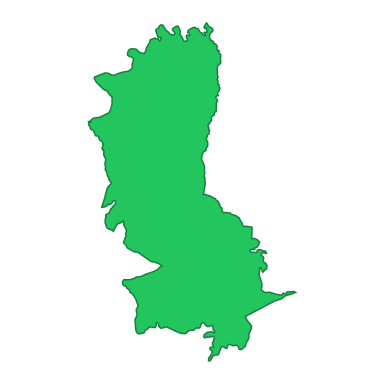 the district of Senekane, Berea, Lesotho
{"feature_id": "5366337B41059399300258", "entity_name": "Senekane", "entity_type": "district", "adm_level": 2, "iso_a3": "LSO", "parent_name": "Lesotho", "parent_adm1": "Berea", "projection": "mercator", "projection_center": [27.679, -29.225], "detail": "fine", "context": "isolated", "style": "filled", "palette": "green", "viewbox_px": 384, "rotation_deg": 0, "n_neighbors": 0, "source": "geoboundaries", "source_scale": "gbopen_adm2", "svg_char_len": 5968}
<svg xmlns="http://www.w3.org/2000/svg" viewBox="0 0 384 384"><path d="M208.5,360.7L209.3,361.0L210.2,360.7L213.4,355.8L215.0,355.1L217.7,354.9L218.5,354.2L221.1,347.4L221.7,346.9L223.9,346.8L225.8,348.5L227.4,347.8L227.6,345.8L228.5,344.4L230.6,344.6L233.0,345.8L236.1,345.2L238.0,346.0L239.3,349.5L240.3,349.6L241.6,349.4L245.3,346.3L246.2,343.0L248.6,338.8L249.0,336.2L248.9,334.0L251.2,328.8L251.5,327.2L251.3,326.0L250.6,324.7L246.4,319.3L245.3,316.5L274.6,301.0L281.4,298.9L285.7,295.6L290.7,294.3L295.6,292.4L294.0,291.5L289.0,292.0L288.1,291.6L287.0,291.9L286.5,293.1L285.7,293.6L284.5,293.8L283.4,293.1L281.4,295.2L276.5,294.3L269.5,292.2L264.8,292.5L262.0,290.5L261.2,288.9L261.8,287.0L261.9,283.7L259.0,274.3L259.6,271.6L259.6,267.6L260.6,267.9L262.0,270.1L262.3,271.7L263.0,272.2L264.7,270.1L266.7,268.8L266.5,267.6L267.0,266.5L267.0,265.4L265.6,263.2L263.9,262.2L263.2,261.2L263.7,258.2L263.2,256.8L261.0,254.8L261.1,253.9L262.4,253.0L263.8,252.7L266.4,253.3L266.0,251.9L265.4,251.1L262.4,250.7L261.5,250.0L258.8,249.6L257.3,250.2L256.9,252.4L255.6,252.7L253.5,252.1L251.6,252.5L250.7,251.9L250.5,251.1L249.7,250.2L252.1,249.1L252.7,249.7L254.7,249.1L254.9,247.9L256.7,247.4L258.9,244.7L258.7,243.3L259.7,242.3L257.6,240.0L254.7,238.5L251.7,238.5L252.1,227.2L246.1,226.2L243.7,226.5L242.3,224.6L242.3,223.4L240.3,220.5L239.3,218.0L236.1,215.7L230.9,214.1L230.2,212.9L229.4,213.2L225.7,212.4L223.5,212.7L222.7,211.9L221.7,210.1L222.1,209.4L221.8,208.1L219.4,205.7L219.8,204.8L219.5,203.8L218.2,202.4L218.2,201.3L216.4,200.6L215.4,198.6L212.8,197.5L209.4,195.5L208.5,195.7L204.6,194.2L203.4,194.6L205.3,183.3L204.7,179.5L205.1,178.5L204.3,177.2L204.4,174.2L204.9,173.0L204.5,171.1L204.5,166.5L203.6,163.7L201.6,159.7L202.0,155.1L203.8,151.5L204.8,151.3L206.2,149.9L205.8,148.9L207.7,146.0L207.7,141.9L207.0,141.2L206.3,137.4L207.2,136.9L207.4,135.0L209.0,133.9L208.9,132.1L209.6,130.3L208.7,129.3L208.7,127.2L208.1,126.4L208.1,124.9L209.5,123.6L209.6,122.7L210.2,122.3L211.7,120.1L211.4,119.3L211.5,116.8L214.5,114.7L214.3,112.9L215.2,111.9L216.1,111.7L216.5,105.1L216.3,103.0L217.6,100.9L217.2,99.6L216.3,98.7L215.7,97.5L216.7,95.8L218.3,95.6L217.7,94.4L217.5,93.0L219.6,90.0L219.9,87.9L218.7,85.9L219.1,84.8L218.1,84.3L217.8,83.7L218.0,81.2L217.1,79.3L218.1,77.1L217.2,74.4L217.6,72.2L217.0,70.5L217.6,66.1L218.2,65.3L220.3,63.7L220.9,62.6L220.5,60.5L220.5,57.5L220.9,55.8L220.7,54.7L218.8,52.5L218.7,51.9L219.2,51.1L218.9,50.5L217.2,50.1L216.8,48.8L217.2,46.5L216.9,45.6L215.6,44.1L213.7,43.4L213.5,41.6L210.5,39.8L209.8,38.5L209.5,36.1L209.8,34.3L210.7,32.9L212.5,31.5L213.0,30.4L212.8,29.4L211.8,28.0L208.4,26.2L207.6,24.0L206.3,23.0L204.0,27.1L204.9,28.6L206.3,28.1L207.1,31.9L206.4,32.5L204.6,32.2L204.1,32.5L204.2,33.4L205.6,34.8L205.5,35.4L204.2,35.7L202.9,35.0L202.2,33.3L200.0,32.0L198.1,28.8L195.7,28.2L194.5,27.2L192.2,27.9L188.5,30.2L187.7,31.5L187.6,32.6L189.1,33.2L189.7,34.5L189.5,35.2L188.9,35.5L187.0,35.1L186.3,35.5L186.5,37.6L187.5,39.9L187.4,40.7L184.4,41.3L183.6,40.8L181.8,36.6L179.9,34.5L180.3,31.0L178.2,26.4L176.5,26.0L172.4,28.8L172.8,30.5L174.8,32.7L174.5,34.5L173.0,35.0L169.6,33.9L168.7,32.3L166.2,30.4L164.3,27.8L163.0,25.2L161.0,24.8L160.0,25.4L158.1,28.2L155.9,29.8L155.7,30.5L158.0,37.2L158.6,37.5L160.6,37.3L161.1,37.7L160.3,40.8L159.4,40.8L158.1,38.7L156.5,39.2L154.9,38.1L150.2,39.8L150.0,41.5L146.5,47.8L145.2,52.1L144.0,53.3L142.9,53.4L139.4,52.3L135.8,49.0L131.1,48.8L128.8,50.0L127.6,52.7L127.5,55.0L128.8,56.1L132.9,57.8L133.7,59.1L132.2,63.9L132.1,67.9L129.9,70.3L127.5,71.4L123.2,72.0L118.2,73.5L114.1,75.3L111.6,75.0L108.5,73.3L105.1,72.9L94.7,77.0L94.2,77.8L94.2,78.5L96.3,82.2L102.5,88.4L104.4,90.0L106.9,90.8L109.2,94.3L111.8,96.8L112.1,97.8L112.0,104.2L110.7,109.3L109.0,112.7L100.0,117.2L93.1,118.3L89.8,121.3L88.4,121.7L88.5,122.1L90.3,121.9L88.5,124.1L88.7,125.0L90.3,127.2L90.3,128.9L93.0,130.3L94.2,132.1L95.4,135.6L98.8,136.4L99.0,138.9L100.2,140.6L101.7,141.0L102.6,142.5L103.1,146.4L102.0,147.8L102.2,148.7L103.1,149.2L102.7,150.0L104.0,151.4L103.7,155.0L105.8,159.3L104.9,163.6L105.5,167.1L105.2,169.5L106.9,172.7L107.6,176.4L108.8,177.6L108.9,179.7L109.7,180.2L110.1,181.4L111.1,182.1L111.6,183.1L107.8,187.3L107.0,189.1L104.9,197.1L101.7,207.4L104.6,206.9L106.7,206.0L107.6,204.9L110.6,204.2L112.4,202.5L113.3,200.8L115.2,200.7L115.7,201.4L115.4,203.6L114.7,204.7L112.6,206.6L112.2,207.8L110.9,208.6L109.1,212.9L105.7,214.9L105.8,218.1L105.1,219.5L105.1,222.6L106.7,227.6L108.6,229.0L111.8,230.0L113.4,231.4L116.5,225.2L118.1,223.7L121.3,222.6L122.9,221.2L123.8,222.2L123.5,224.0L124.2,226.1L126.6,230.2L125.5,233.7L126.2,235.7L124.7,238.8L123.5,242.7L125.8,245.0L127.2,247.9L134.6,252.0L137.9,252.2L150.9,261.5L155.3,262.3L159.9,264.2L161.9,266.4L159.3,267.5L157.4,269.9L155.1,270.6L153.9,271.5L145.3,274.4L141.2,276.4L136.3,277.1L134.6,278.2L130.1,279.7L123.9,279.7L122.7,281.4L122.5,283.7L123.3,285.1L124.3,285.9L125.7,286.1L126.8,288.0L129.2,289.9L130.1,292.4L131.7,293.3L133.9,295.8L135.8,299.3L137.8,304.7L137.9,306.7L136.3,309.4L136.3,311.1L137.0,313.5L136.8,316.1L135.0,319.3L135.5,326.9L135.9,330.3L136.6,332.0L137.7,333.5L139.8,333.9L141.0,333.3L143.7,333.0L144.7,331.8L145.0,330.6L145.7,329.9L147.3,329.4L148.6,327.5L151.0,326.9L154.4,327.7L155.4,327.2L156.3,325.4L156.5,322.5L157.5,322.6L158.2,323.5L158.7,324.3L158.7,326.4L160.8,328.2L162.2,328.2L165.2,327.0L167.1,327.1L176.7,331.7L179.9,333.0L183.2,333.6L185.7,333.6L187.9,331.4L189.5,330.5L193.7,330.3L195.8,328.0L199.0,328.1L200.1,327.2L201.2,323.8L201.8,322.8L202.9,322.2L204.5,323.6L205.6,325.2L207.1,326.4L208.2,326.6L211.5,325.5L212.8,326.2L213.2,329.7L214.6,331.0L215.0,332.0L214.1,332.6L211.6,331.8L207.4,332.2L204.9,334.1L204.1,335.1L203.8,336.7L204.6,337.8L208.0,337.0L209.8,337.2L210.9,336.6L213.7,336.5L214.5,337.9L212.5,343.0L212.4,344.5L213.3,345.8L213.5,346.9L210.3,347.4L209.8,348.4L210.0,349.2L212.1,351.0L211.9,352.5L211.4,354.5L208.7,358.0L208.5,360.7Z" fill="#22c55e" stroke="#15803d" stroke-width="1.5"/></svg>